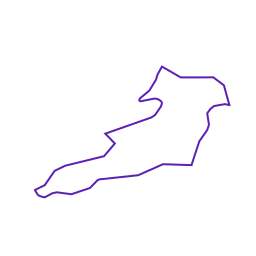 the London Borough of Hounslow, rotated 168°
{"feature_id": "GBR-2070", "entity_name": "Hounslow", "entity_type": "London Borough", "adm_level": 1, "iso_a3": "GBR", "parent_name": "United Kingdom", "parent_adm1": "", "projection": "equal_earth", "projection_center": [-0.345, 51.455], "detail": "fine", "context": "isolated", "style": "outline", "palette": "violet", "viewbox_px": 256, "rotation_deg": 168, "n_neighbors": 0, "source": "natural_earth", "source_scale": "10m", "svg_char_len": 792}
<svg xmlns="http://www.w3.org/2000/svg" viewBox="0 0 256 256"><g transform="rotate(168 128 128)"><path d="M197.2,75.0L211.0,79.9L215.5,79.9L223.9,77.5L226.5,78.7L228.1,79.6L229.4,80.6L230.2,81.7L231.8,86.1L231.9,86.7L221.3,89.4L208.6,101.4L197.1,104.2L157.3,105.4L144.1,115.6L151.4,127.2L102.8,133.5L98.7,135.2L91.5,142.0L89.9,144.6L89.7,145.3L89.7,146.1L89.8,146.8L90.3,147.5L91.9,149.3L94.1,150.7L96.0,151.3L110.0,151.5L110.9,152.0L111.2,152.6L111.0,153.3L109.9,154.6L99.3,160.2L90.5,169.5L87.9,174.3L82.0,181.0L65.9,166.5L34.0,159.8L25.3,149.8L24.1,129.4L28.3,131.2L39.3,131.6L43.1,129.7L47.2,126.2L47.5,125.4L48.1,114.7L48.4,113.9L50.9,109.6L61.0,100.2L73.6,78.5L101.3,85.3L127.9,79.7L166.8,83.7L168.8,83.2L177.7,77.2L197.2,75.0Z" fill="none" stroke="#5b21b6" stroke-width="2"/></g></svg>